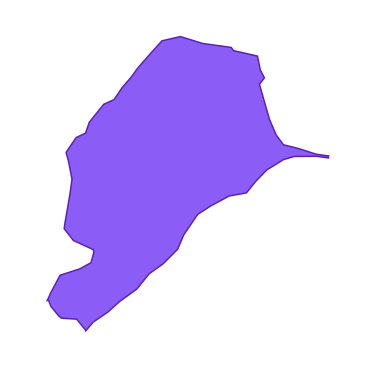 the district of Prastio Pafou, Paphos, Cyprus, rotated 188°
{"feature_id": "46923920B40507921688401", "entity_name": "Prastio Pafou", "entity_type": "district", "adm_level": 2, "iso_a3": "CYP", "parent_name": "Cyprus", "parent_adm1": "Paphos", "projection": "orthographic", "projection_center": [32.693, 34.785], "detail": "fine", "context": "isolated", "style": "filled", "palette": "violet", "viewbox_px": 384, "rotation_deg": 188, "n_neighbors": 0, "source": "geoboundaries", "source_scale": "gbopen_adm2", "svg_char_len": 941}
<svg xmlns="http://www.w3.org/2000/svg" viewBox="0 0 384 384"><g transform="rotate(188 192 192)"><path d="M277.9,39.7L271.9,49.2L258.6,61.4L248.6,73.3L233.1,88.3L223.1,105.0L210.6,116.9L198.2,133.4L194.2,148.4L183.3,170.6L171.7,180.7L154.7,193.2L138.0,198.7L130.5,211.2L121.0,224.3L105.9,236.8L95.8,241.4L73.4,244.7L61.7,244.7L61.8,246.8L62.6,246.7L74.3,246.7L92.8,249.9L108.0,251.5L116.5,260.1L125.6,275.1L140.2,308.1L136.2,315.1L141.3,322.3L146.1,335.7L170.7,337.8L173.2,340.6L202.4,340.6L225.1,344.3L242.7,337.6L251.8,324.2L262.7,307.6L268.6,296.6L275.6,285.9L282.0,272.7L291.6,266.6L303.4,246.8L305.6,235.5L314.3,229.8L322.2,213.7L322.3,213.8L318.7,205.6L312.6,187.9L312.6,171.7L313.5,143.6L313.5,137.9L302.6,127.4L281.7,121.2L280.8,118.4L282.2,107.9L292.6,100.2L311.1,91.2L317.8,72.6L320.2,64.4L319.1,65.0L315.8,59.1L306.8,50.8L303.8,48.9L288.5,50.0L278.2,40.4L277.9,39.7Z" fill="#8b5cf6" stroke="#5b21b6" stroke-width="1.5"/></g></svg>